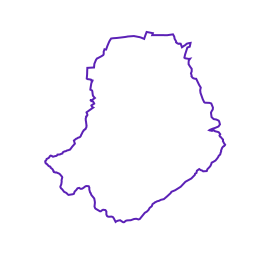 the district of Tarnova, Arad, Romania, rotated 343°
{"feature_id": "2599482B94881102613280", "entity_name": "Tarnova", "entity_type": "district", "adm_level": 2, "iso_a3": "ROU", "parent_name": "Romania", "parent_adm1": "Arad", "projection": "robinson", "projection_center": [21.761, 46.274], "detail": "fine", "context": "isolated", "style": "outline", "palette": "violet", "viewbox_px": 256, "rotation_deg": 343, "n_neighbors": 0, "source": "geoboundaries", "source_scale": "gbopen_adm2", "svg_char_len": 5549}
<svg xmlns="http://www.w3.org/2000/svg" viewBox="0 0 256 256"><g transform="rotate(343 128 128)"><path d="M88.7,214.2L89.8,213.8L91.3,213.7L93.5,213.9L95.6,216.5L96.4,216.9L97.0,216.9L98.2,216.3L98.7,216.1L100.1,216.1L103.7,217.0L107.2,216.8L109.3,217.2L111.3,218.5L112.6,218.5L119.3,214.0L120.1,213.8L121.5,213.5L123.6,212.4L125.4,210.7L127.8,209.8L129.2,208.0L130.2,207.6L131.3,207.4L131.9,207.0L133.5,206.8L134.4,206.6L136.4,206.7L138.4,206.3L141.5,206.5L145.2,204.9L149.6,202.8L150.9,201.7L154.9,201.3L161.2,199.6L167.2,196.2L173.8,194.8L178.2,192.4L178.8,191.3L180.3,191.0L181.4,189.0L184.1,188.1L185.2,189.5L186.4,190.3L187.2,191.4L190.7,192.2L191.9,190.6L194.5,189.2L195.6,188.5L196.8,187.2L197.9,185.6L199.7,185.3L202.1,184.7L204.4,183.2L206.0,181.9L206.7,181.0L207.9,180.6L208.9,179.7L209.1,179.0L210.2,177.7L210.4,176.8L212.2,174.5L213.0,173.9L213.8,173.5L214.6,173.4L215.0,173.0L215.5,172.9L216.0,172.4L215.3,170.4L215.2,169.5L214.9,168.3L215.2,167.7L215.5,166.8L214.9,165.8L214.1,163.8L213.4,163.0L213.3,161.9L214.4,160.9L213.9,159.6L213.6,158.7L212.9,158.1L211.6,157.3L210.5,156.7L210.0,156.3L209.9,155.7L209.1,155.3L208.4,155.3L207.4,155.3L207.0,154.8L205.9,154.5L205.1,153.9L205.7,153.7L209.1,153.4L211.3,153.4L215.0,153.0L217.0,151.4L217.1,148.3L216.8,147.4L214.9,145.7L212.5,144.5L211.1,142.0L211.8,137.7L212.7,136.6L214.5,135.0L215.2,133.3L214.8,128.9L213.3,127.8L209.0,126.3L208.4,125.6L207.9,122.3L207.6,115.6L208.1,112.9L209.4,110.6L208.6,107.5L207.6,100.9L206.5,100.5L205.1,99.6L204.4,98.7L203.8,97.1L204.2,96.4L204.2,94.1L205.4,92.6L205.9,91.1L206.2,89.9L205.5,88.1L204.6,84.8L205.0,83.4L205.8,81.3L207.6,79.9L206.5,79.8L203.0,78.0L202.6,77.3L202.5,77.2L204.1,74.4L208.3,68.4L210.8,68.3L212.7,64.9L210.5,64.6L208.7,64.6L208.4,64.8L207.5,65.2L206.6,65.6L204.7,66.0L204.0,66.4L203.2,66.6L203.0,62.8L202.6,62.6L202.2,62.6L201.8,62.3L201.5,62.4L200.7,62.2L200.1,61.4L199.7,61.2L199.0,60.1L199.3,59.6L199.3,59.1L198.7,56.5L198.7,55.6L198.9,54.7L198.9,54.0L198.4,51.6L192.5,50.7L188.5,49.4L185.7,48.5L178.3,46.3L179.5,44.6L173.9,41.6L171.5,44.7L169.5,47.5L167.1,45.5L165.7,44.5L164.5,43.9L161.9,42.5L161.6,42.4L160.6,41.8L154.4,40.4L154.0,40.4L151.7,40.1L147.2,39.3L144.0,38.7L143.0,38.5L140.0,37.8L138.0,37.5L136.1,39.1L135.4,39.8L134.6,40.7L132.2,43.6L130.0,46.6L128.6,46.0L128.5,45.9L127.0,48.0L126.6,49.5L126.3,50.3L125.7,51.0L123.6,51.6L119.4,52.4L118.8,52.4L117.4,53.4L114.6,56.8L113.2,60.2L106.7,58.6L105.7,61.4L104.6,64.7L103.0,68.7L103.6,69.4L106.0,70.5L106.8,71.0L106.8,71.7L107.3,71.7L107.4,72.1L107.9,72.3L107.4,73.0L106.9,73.3L106.7,73.7L106.4,73.9L106.2,74.3L105.9,74.7L104.5,77.5L103.7,79.2L103.2,80.3L104.4,81.4L104.6,81.8L104.6,82.6L104.2,84.7L103.9,86.8L104.6,88.7L105.1,89.6L102.0,90.7L101.6,90.8L100.7,90.4L99.8,90.1L100.5,90.7L100.7,91.1L100.8,91.6L101.2,91.7L101.8,92.1L102.3,92.5L102.5,93.2L102.6,93.5L102.7,94.0L102.8,94.8L98.8,95.9L99.5,96.0L99.7,96.5L100.0,97.4L100.6,98.2L100.7,98.3L93.1,100.8L92.9,100.9L92.9,101.2L92.9,101.5L93.0,102.0L93.0,102.6L93.1,102.9L93.0,103.7L92.0,104.6L91.5,104.6L91.2,104.9L91.3,105.3L90.4,106.4L89.9,108.1L89.8,108.8L89.7,109.8L89.4,111.3L89.2,112.7L88.9,113.7L89.0,113.9L88.8,114.2L88.6,114.6L88.3,115.3L87.7,115.8L87.4,116.1L87.0,116.3L87.0,116.6L86.2,116.9L85.7,117.0L85.3,117.1L85.0,117.2L84.8,117.6L84.3,117.9L83.9,118.1L83.7,118.4L83.2,118.8L82.1,120.1L81.4,120.6L80.8,121.5L80.3,122.0L79.8,122.4L78.9,122.7L77.4,122.7L76.1,123.1L75.4,123.1L74.1,123.6L72.6,124.2L72.6,127.3L72.4,127.3L72.0,127.8L71.4,128.2L69.4,129.4L66.3,131.7L65.7,131.6L65.0,131.8L63.8,131.7L63.4,131.7L62.7,131.7L62.2,131.9L61.6,132.0L61.1,131.9L60.5,131.8L59.9,131.9L58.8,132.1L58.1,132.7L57.8,133.2L57.3,133.2L56.9,133.2L56.3,133.2L55.7,133.3L55.0,133.4L54.9,133.4L54.5,133.2L54.2,133.1L53.8,133.1L53.4,133.0L52.9,132.8L52.5,132.8L52.1,132.8L52.3,132.9L52.3,133.1L52.4,133.3L52.0,133.5L51.6,133.6L51.3,133.7L50.9,133.7L50.3,133.6L49.7,133.6L49.0,133.5L48.4,133.6L48.0,133.5L47.8,133.5L47.6,133.3L47.4,133.1L47.3,132.9L47.2,132.7L46.9,132.4L46.5,132.2L46.4,132.1L46.1,131.8L45.9,131.8L45.3,132.0L45.1,132.1L44.7,132.4L44.4,132.7L44.3,132.8L44.1,133.0L43.9,133.1L43.6,133.3L43.4,133.4L43.3,133.5L42.5,133.6L41.6,133.8L41.2,133.8L41.1,134.0L40.9,134.2L40.6,134.6L40.0,135.2L39.8,135.3L39.2,135.5L39.1,135.9L39.0,136.0L38.9,136.8L38.9,137.1L38.9,137.3L39.1,137.5L39.2,137.9L39.2,138.0L39.5,138.2L39.7,138.5L39.9,138.7L39.9,139.0L40.0,139.2L40.3,139.5L40.4,139.8L40.7,140.4L40.8,140.8L41.3,141.5L41.5,141.6L42.0,141.8L42.1,142.1L42.4,142.5L42.5,142.7L42.5,142.8L42.4,143.1L42.4,143.3L42.6,143.6L42.8,143.9L43.0,144.1L43.2,144.5L43.7,145.2L43.8,145.5L44.0,146.3L44.1,146.9L44.2,147.2L44.1,147.3L44.2,147.5L44.1,147.8L44.3,148.0L44.3,148.4L44.3,148.5L44.8,148.8L45.0,149.0L45.3,149.1L45.5,149.2L45.7,149.4L45.8,149.4L46.3,149.5L46.5,149.5L46.9,149.8L47.0,149.9L47.2,150.2L47.3,150.3L47.6,150.5L48.0,150.8L48.3,151.0L48.6,151.3L49.2,152.0L49.3,152.2L49.4,152.4L49.6,152.8L50.7,155.4L50.7,156.0L49.2,158.5L48.9,159.9L47.7,162.4L46.2,164.2L46.1,164.8L46.3,166.0L47.2,167.5L48.2,170.3L50.1,172.1L51.0,173.9L51.6,174.6L55.8,175.2L57.0,175.1L58.4,173.2L60.5,172.1L62.1,170.9L63.8,171.0L64.3,171.7L65.1,172.4L66.4,172.6L68.0,172.2L69.4,171.6L70.6,171.3L71.5,171.4L73.4,172.2L73.6,173.7L73.0,175.5L72.9,178.6L73.2,179.0L73.4,181.4L75.1,185.5L74.8,188.3L74.5,189.8L73.0,193.3L73.1,194.9L73.4,195.7L76.8,199.4L77.6,199.7L79.1,199.1L80.3,198.9L82.4,199.9L82.9,201.5L82.0,204.5L82.3,206.2L83.1,207.0L84.5,207.5L86.1,207.8L87.4,208.6L88.0,210.1L88.7,214.2Z" fill="none" stroke="#5b21b6" stroke-width="2"/></g></svg>